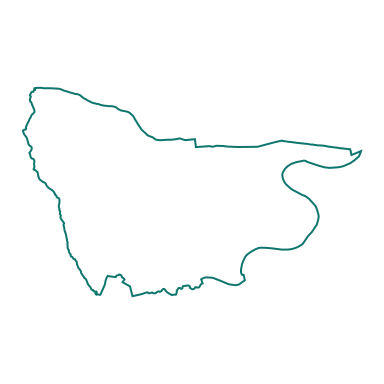 Gardani, Maramures, Romania
{"feature_id": "2599482B85171086128342", "entity_name": "Gardani", "entity_type": "district", "adm_level": 2, "iso_a3": "ROU", "parent_name": "Romania", "parent_adm1": "Maramures", "projection": "robinson", "projection_center": [23.284, 47.559], "detail": "fine", "context": "isolated", "style": "outline", "palette": "teal", "viewbox_px": 384, "rotation_deg": 0, "n_neighbors": 0, "source": "geoboundaries", "source_scale": "gbopen_adm2", "svg_char_len": 5831}
<svg xmlns="http://www.w3.org/2000/svg" viewBox="0 0 384 384"><path d="M244.9,280.2L243.6,274.9L242.1,274.9L241.4,273.7L241.0,272.3L241.0,269.6L242.0,264.3L243.0,261.5L245.3,256.7L246.5,255.2L248.2,253.8L251.3,251.6L255.2,249.4L258.8,247.9L261.1,247.7L265.5,247.8L271.5,248.3L281.9,249.6L287.8,249.6L292.1,249.0L294.2,248.4L297.8,247.0L301.4,244.9L302.8,243.8L308.1,236.0L311.9,232.0L316.9,224.4L318.3,219.4L318.7,216.3L318.2,213.7L317.3,210.4L316.0,207.0L315.1,205.5L308.8,198.6L306.0,196.6L304.3,195.7L302.3,195.0L292.4,189.7L290.2,188.1L285.7,184.0L283.9,181.1L282.9,178.7L282.3,175.1L282.4,173.8L283.1,172.0L285.0,168.8L287.3,166.5L291.1,164.0L293.2,163.2L296.6,162.1L304.0,160.6L305.6,160.9L307.1,161.9L318.7,165.7L322.0,166.6L324.3,167.3L329.9,167.9L337.8,167.3L341.4,166.7L343.8,166.0L350.2,163.2L354.7,160.1L358.9,156.4L360.4,153.1L361.0,151.1L351.5,155.0L350.9,152.9L350.8,151.6L350.5,150.4L350.1,149.2L348.9,149.2L342.5,148.4L338.9,148.1L338.4,147.9L335.9,147.5L334.4,147.4L328.3,146.6L324.4,145.8L320.2,145.4L317.6,145.4L316.4,145.1L314.1,144.9L313.0,144.5L311.5,144.6L310.0,144.4L307.6,143.9L305.8,143.8L295.8,142.7L291.8,142.1L288.6,141.8L282.5,140.9L282.1,140.6L281.0,140.8L274.4,142.3L257.5,146.8L238.2,147.0L230.3,146.7L226.7,146.5L223.2,146.0L216.2,145.8L215.8,145.9L215.3,146.1L213.9,146.5L212.2,146.7L211.4,146.6L209.7,146.1L195.9,147.1L194.9,139.2L185.6,140.1L184.8,140.0L182.3,139.3L180.2,138.5L179.7,138.4L176.6,139.1L171.7,139.7L166.2,139.8L160.6,140.2L158.8,140.1L157.1,139.9L155.4,139.4L153.4,137.8L152.7,137.3L149.5,136.2L147.6,135.3L147.2,135.0L145.8,133.5L141.8,129.9L141.5,129.5L137.9,124.2L137.2,122.9L135.2,119.7L133.8,117.1L133.2,116.1L129.8,112.9L128.1,112.0L126.9,111.6L121.2,110.5L118.5,109.3L116.2,107.5L114.8,106.8L114.4,106.8L112.8,106.3L111.8,106.2L108.1,106.1L107.8,106.1L107.1,105.9L104.6,105.7L101.8,105.2L100.0,104.7L98.3,104.0L96.3,103.8L94.9,103.3L93.7,103.2L92.3,102.7L87.9,100.6L85.4,99.0L83.7,98.2L80.0,95.2L78.5,94.5L77.0,94.1L75.1,94.0L73.9,93.5L70.4,92.6L67.0,91.4L64.1,90.7L61.8,89.6L60.3,89.1L58.7,88.7L51.7,88.3L47.9,88.2L44.3,88.3L42.4,88.0L40.7,87.8L36.4,87.9L34.7,88.1L34.5,88.3L34.3,88.9L34.5,89.3L35.1,89.6L35.1,89.9L34.9,90.0L34.3,90.0L34.0,90.2L33.7,90.6L33.3,91.8L32.1,91.8L31.4,92.3L31.1,92.8L30.0,94.9L30.0,95.3L30.1,95.7L30.8,96.3L30.8,96.7L30.3,97.7L30.1,98.8L29.8,99.8L30.2,101.4L30.4,101.7L30.9,101.9L31.2,102.2L33.1,107.3L34.1,109.2L34.5,110.9L34.5,111.7L34.3,112.3L34.0,112.8L32.3,114.3L31.5,115.2L30.7,117.2L29.6,118.8L29.3,119.8L28.7,121.3L27.9,122.6L25.9,127.1L25.9,127.5L26.1,128.3L26.0,129.0L25.9,129.4L25.6,129.5L24.6,129.6L24.1,129.8L23.3,130.3L23.0,130.8L23.3,132.1L23.7,133.3L24.3,134.5L24.8,135.2L26.2,136.8L26.7,138.0L27.2,139.0L27.4,140.1L28.1,142.2L28.2,143.4L28.4,144.0L29.6,145.6L31.2,146.6L31.6,147.3L31.7,148.9L31.4,150.0L30.6,151.2L29.5,152.6L29.4,153.0L29.9,154.0L30.1,154.9L30.4,155.7L30.5,156.6L31.0,157.7L31.7,158.4L33.2,158.9L33.6,159.2L33.8,159.5L34.3,160.7L34.4,161.3L34.1,164.4L34.3,165.9L34.3,167.6L33.6,169.1L33.7,169.5L34.0,169.8L34.4,169.8L35.6,170.4L37.3,172.0L37.6,172.4L38.4,176.5L39.0,178.1L39.1,178.5L39.8,179.5L42.5,181.7L43.5,182.2L44.3,182.4L45.1,182.9L45.6,183.4L45.9,184.0L46.6,185.6L47.5,186.8L48.6,187.9L50.0,189.0L51.3,189.6L52.9,190.8L54.2,192.5L55.0,193.9L54.8,194.1L55.3,194.9L56.0,195.3L56.3,195.7L56.6,196.8L57.1,197.5L58.8,198.2L59.3,199.0L59.5,200.1L59.5,200.9L59.3,203.6L58.8,205.7L58.9,207.0L59.1,208.1L59.5,209.0L59.3,210.1L60.2,211.6L60.0,213.2L60.0,214.1L60.3,214.6L60.8,215.3L60.8,215.6L60.5,217.5L60.6,218.2L60.9,218.9L61.5,219.5L61.6,219.8L63.1,221.8L64.0,222.9L64.0,223.4L63.5,225.0L63.8,226.0L63.8,226.7L64.3,227.6L64.4,230.0L64.7,230.8L64.8,231.3L65.1,231.6L65.2,232.6L65.6,233.2L65.7,233.9L66.2,235.1L66.1,235.7L66.4,236.9L66.5,237.9L66.7,238.7L67.0,239.3L67.0,240.4L67.6,242.6L67.6,242.9L67.4,243.9L67.7,246.4L67.5,247.0L67.7,248.2L68.5,249.8L68.9,250.3L68.9,251.5L69.1,252.3L69.4,252.9L70.6,254.4L70.7,255.9L71.0,256.5L72.0,256.8L72.3,257.0L73.3,258.6L73.9,259.0L74.8,259.2L75.2,259.6L75.6,260.4L76.6,261.8L76.8,262.2L76.8,263.4L77.1,264.7L78.0,266.7L78.4,268.1L79.2,268.7L80.6,270.8L81.1,271.9L81.1,272.9L83.0,275.9L83.8,276.7L84.0,277.6L86.0,279.2L86.4,280.2L86.5,280.8L87.1,281.6L87.6,283.5L88.8,285.4L90.6,287.4L91.3,289.2L91.6,289.7L92.7,289.9L93.1,290.3L93.1,290.6L93.8,290.8L94.0,291.2L94.3,291.5L95.3,291.7L96.2,291.5L96.6,291.9L96.5,292.3L96.7,292.7L96.7,293.0L96.4,293.3L96.3,293.6L95.6,293.7L95.8,294.2L96.4,294.7L97.1,294.3L98.5,294.6L99.8,294.8L100.4,294.7L104.8,284.7L105.6,280.7L106.7,277.5L107.8,275.9L108.1,276.1L110.1,276.4L114.9,277.0L115.6,277.0L115.9,276.9L116.2,276.1L116.6,275.6L118.3,275.1L119.2,274.5L119.6,274.5L120.1,274.9L121.3,275.4L121.7,276.2L121.8,276.9L122.1,277.4L123.8,278.4L124.5,279.4L122.6,282.2L130.0,286.4L132.5,296.2L138.6,294.8L139.0,294.8L142.4,293.9L147.1,292.3L147.6,292.4L148.5,293.1L149.3,293.3L152.1,292.5L153.4,293.2L155.2,293.3L155.6,293.2L156.6,292.3L158.4,291.4L158.9,291.4L159.6,291.8L160.4,291.7L161.3,291.1L162.2,289.9L163.0,289.1L163.7,288.9L164.2,289.0L164.7,289.4L165.2,289.9L165.6,290.6L166.4,291.6L168.5,293.2L170.1,294.1L170.8,294.4L171.8,295.1L172.4,295.0L173.8,294.6L175.8,294.7L176.3,293.6L176.7,292.6L176.8,291.8L176.7,291.0L176.8,290.5L177.3,289.9L178.5,288.2L179.0,288.0L179.6,287.9L180.0,288.0L181.0,288.8L181.8,288.8L182.5,288.0L182.5,287.1L182.7,286.5L183.0,286.2L183.9,286.0L186.0,285.8L187.5,285.4L188.1,285.5L189.1,285.8L189.7,286.3L190.1,287.9L190.6,288.3L191.8,289.0L192.4,289.2L193.1,289.2L193.8,289.0L194.4,288.5L195.4,287.3L195.8,287.1L197.2,287.5L197.8,287.6L198.8,287.4L199.4,287.0L200.6,284.8L201.6,283.7L202.6,283.4L201.2,279.3L202.0,278.8L203.6,278.0L205.7,277.4L209.0,277.5L211.9,277.7L213.3,278.0L220.5,280.8L228.6,284.2L235.3,285.2L238.8,284.6L244.9,280.2Z" fill="none" stroke="#0f766e" stroke-width="2"/></svg>